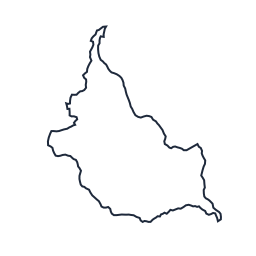 Grão Pará, Santa Catarina, Brazil (Natural Earth projection), rotated 353°
{"feature_id": "56859067B23369075727093", "entity_name": "Grão Pará", "entity_type": "district", "adm_level": 2, "iso_a3": "BRA", "parent_name": "Brazil", "parent_adm1": "Santa Catarina", "projection": "natural_earth1", "projection_center": [-49.313, -28.124], "detail": "fine", "context": "isolated", "style": "outline", "palette": "slate", "viewbox_px": 256, "rotation_deg": 353, "n_neighbors": 0, "source": "geoboundaries", "source_scale": "gbopen_adm2", "svg_char_len": 3062}
<svg xmlns="http://www.w3.org/2000/svg" viewBox="0 0 256 256"><g transform="rotate(353 128 128)"><path d="M195.0,152.4L183.4,157.2L180.6,156.8L179.1,155.2L177.0,154.1L174.9,153.3L172.5,152.1L170.5,152.2L168.4,153.3L166.7,152.5L165.0,150.2L162.6,148.4L162.4,145.6L163.6,143.3L164.4,140.9L163.0,138.0L162.0,134.2L160.6,131.7L159.0,128.8L157.7,127.1L156.5,124.8L153.9,122.8L152.6,119.9L150.5,118.8L148.0,118.1L145.0,118.5L142.0,119.2L139.4,118.2L136.9,116.2L135.4,112.7L134.5,109.6L133.3,107.0L132.9,103.5L132.3,100.7L131.5,97.7L130.7,94.7L130.3,91.8L130.0,88.4L128.9,85.4L129.0,82.4L128.4,79.7L127.5,77.4L125.9,75.4L123.4,73.3L120.9,71.9L118.4,70.8L116.9,69.0L115.6,66.7L114.9,64.5L114.0,62.3L112.3,60.6L111.2,58.9L109.2,57.0L108.2,53.6L107.8,50.1L107.9,46.4L108.4,42.6L110.1,40.4L110.4,37.7L111.1,35.4L112.1,33.7L115.0,34.6L115.2,32.1L116.1,29.5L117.1,26.6L118.6,24.6L115.5,24.5L112.9,26.0L110.9,27.2L109.1,27.4L108.1,29.3L107.2,31.2L104.7,32.9L102.9,34.6L101.7,37.0L103.8,38.1L103.8,41.1L102.4,43.7L101.1,45.5L99.6,47.6L99.6,50.6L98.9,53.0L99.9,56.7L97.9,59.2L96.2,61.7L94.8,64.3L94.1,67.3L92.0,68.5L89.8,70.2L90.6,72.8L92.3,74.7L92.2,77.0L91.3,80.1L91.3,82.9L89.2,85.0L87.0,85.8L85.0,85.8L82.9,87.1L81.0,88.7L78.7,88.5L76.4,88.1L74.6,91.0L73.8,94.0L73.4,96.6L71.4,96.8L69.7,96.0L70.1,98.7L70.2,101.7L72.2,101.8L72.0,105.2L71.6,108.4L73.4,109.6L75.7,109.8L78.3,111.0L78.6,113.2L76.5,114.7L75.0,116.3L75.9,118.4L74.0,118.7L71.7,119.7L69.9,120.2L67.6,121.3L64.3,121.6L61.1,122.2L59.2,122.6L56.6,122.6L53.9,122.0L51.6,121.7L50.1,124.1L48.2,127.8L46.9,131.5L46.6,135.4L49.0,136.9L50.6,138.5L50.9,141.3L51.6,143.7L52.8,146.6L55.1,147.4L57.4,147.3L59.9,146.8L62.6,146.8L65.2,148.2L67.4,148.8L68.8,150.6L70.2,152.2L72.4,153.3L73.4,155.7L73.7,158.0L73.8,160.1L74.9,161.8L76.1,164.7L75.1,167.0L74.0,169.6L73.6,172.7L73.8,175.4L74.2,178.4L75.5,180.4L77.5,181.1L78.9,182.7L81.8,184.5L82.8,187.4L84.3,190.5L86.5,193.0L88.2,195.0L90.2,197.1L91.5,200.4L92.1,202.7L94.1,204.0L96.5,204.3L98.7,204.0L100.5,206.1L100.8,208.9L101.5,211.0L103.4,212.8L106.1,213.1L108.5,213.1L111.1,213.1L114.2,213.6L116.5,213.9L118.2,214.0L120.5,214.7L123.0,215.3L125.6,217.3L128.6,218.7L129.3,221.3L131.1,223.0L133.0,222.3L134.9,222.8L136.9,223.7L139.0,223.9L141.3,222.0L143.0,221.1L144.9,220.3L146.6,219.2L148.9,219.7L150.2,217.8L152.1,217.4L153.9,216.5L156.0,217.8L158.4,216.0L160.1,214.4L162.5,215.3L165.3,214.6L168.0,213.9L170.5,214.5L173.5,213.2L176.0,211.8L178.9,211.6L181.3,212.7L183.0,213.7L185.1,213.7L187.0,214.7L188.9,214.4L190.1,216.1L191.9,218.0L194.5,219.8L195.3,222.5L197.7,224.0L200.1,223.5L202.1,222.7L204.2,223.4L204.7,225.5L205.5,228.1L205.9,231.5L209.0,230.0L209.4,227.7L209.4,224.5L208.2,222.5L206.4,221.0L205.0,219.7L203.0,217.5L202.7,213.4L201.4,211.7L200.0,209.9L198.5,208.5L196.7,207.3L195.4,205.3L195.3,202.2L195.6,198.7L197.0,196.5L197.0,193.1L197.2,189.1L196.1,186.5L194.9,184.1L196.9,178.9L198.4,175.5L200.0,173.0L200.7,169.6L199.4,166.6L198.6,164.4L198.1,162.1L198.7,159.8L197.8,156.7L196.0,155.2L195.0,152.4Z" fill="none" stroke="#1e293b" stroke-width="2"/></g></svg>